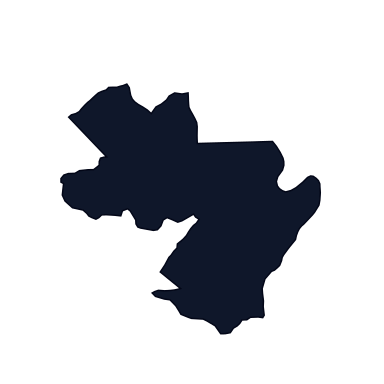 the district of Murici dos Portelas, Piauí, Brazil, rotated 136°
{"feature_id": "56859067B24029295900147", "entity_name": "Murici dos Portelas", "entity_type": "district", "adm_level": 2, "iso_a3": "BRA", "parent_name": "Brazil", "parent_adm1": "Piauí", "projection": "robinson", "projection_center": [-42.008, -3.363], "detail": "fine", "context": "isolated", "style": "filled", "palette": "ink", "viewbox_px": 384, "rotation_deg": 136, "n_neighbors": 0, "source": "geoboundaries", "source_scale": "gbopen_adm2", "svg_char_len": 2471}
<svg xmlns="http://www.w3.org/2000/svg" viewBox="0 0 384 384"><g transform="rotate(136 192 192)"><path d="M222.8,57.0L220.4,60.1L216.3,64.0L211.7,70.1L208.6,73.8L199.9,78.8L190.0,79.7L186.9,78.5L182.8,78.3L180.0,78.3L175.3,80.4L172.6,82.3L169.6,83.2L163.2,84.3L159.9,84.8L150.6,85.9L147.2,88.2L143.5,90.0L140.2,91.1L136.7,91.5L134.2,91.3L129.6,91.5L121.3,91.9L118.0,92.3L109.8,94.4L105.8,97.3L100.2,102.4L96.3,107.0L94.4,109.1L93.2,112.3L93.2,115.5L93.9,119.1L95.5,121.1L98.7,122.2L105.5,122.1L114.1,122.8L119.8,124.3L124.6,127.0L126.1,130.1L126.8,133.7L126.4,137.0L124.0,141.0L119.6,143.5L111.7,144.9L107.4,147.4L104.8,150.2L103.0,153.2L101.1,159.2L99.6,166.2L99.0,172.4L101.8,175.0L113.6,185.7L154.5,223.2L151.7,226.4L149.1,229.2L146.3,232.0L142.9,235.4L140.4,238.7L139.0,242.7L137.7,247.3L136.6,251.6L135.4,255.1L133.4,257.6L131.1,260.3L128.7,262.9L126.0,266.0L131.1,269.4L135.7,275.3L141.8,276.9L146.3,275.9L153.0,276.5L158.8,278.2L162.6,277.5L166.9,276.7L167.2,282.0L168.4,287.3L169.9,292.4L170.6,296.7L170.4,300.4L169.0,304.1L166.6,307.8L164.7,310.6L163.9,314.9L167.8,316.5L169.9,317.8L173.3,319.5L176.5,322.6L179.3,325.1L182.8,325.0L187.0,327.0L190.6,328.3L194.0,328.5L198.3,328.6L202.1,328.6L204.6,328.9L208.6,328.9L213.8,328.6L217.2,328.1L221.1,329.1L225.2,331.3L228.7,331.5L229.0,276.6L231.1,278.2L234.3,279.9L237.5,278.4L240.2,275.7L247.2,276.4L251.2,280.1L258.1,285.5L263.2,286.7L268.2,291.2L272.4,293.2L276.9,292.7L279.4,290.1L278.5,287.3L287.4,279.9L289.6,273.7L289.3,269.4L288.9,263.7L282.9,254.7L282.5,249.7L282.9,246.4L281.8,243.2L280.0,239.2L276.9,238.3L272.9,238.3L269.4,235.2L263.8,229.1L259.8,224.3L255.1,226.8L250.0,224.7L249.6,221.2L251.9,210.9L254.5,207.9L255.3,204.4L254.1,201.9L246.4,191.2L243.1,188.9L237.9,189.2L232.2,191.9L227.7,190.9L225.5,186.0L223.2,180.2L219.3,178.3L206.2,175.0L206.8,171.5L205.8,167.5L210.6,166.5L214.2,166.9L218.2,166.5L222.4,165.6L226.3,164.5L231.4,164.2L235.0,164.5L238.6,164.8L241.7,162.1L246.2,162.0L251.2,161.0L253.9,161.0L262.3,158.3L270.4,156.5L267.3,130.5L269.8,131.9L272.7,133.7L275.6,135.9L278.0,137.9L280.4,140.0L282.7,142.6L284.5,144.6L288.1,146.3L290.8,147.0L290.8,142.3L286.3,134.3L282.7,129.7L282.7,121.4L283.9,115.8L284.9,111.7L281.6,104.3L280.2,101.5L272.2,92.8L270.7,88.6L268.3,79.7L269.8,70.1L266.6,67.1L262.2,64.2L256.8,65.3L252.5,64.3L249.0,64.3L244.9,65.2L241.3,62.0L237.0,61.3L234.2,58.8L231.2,56.1L228.4,52.5L225.7,53.2L222.8,57.0Z" fill="#0f172a" stroke="#020617" stroke-width="1.5"/></g></svg>